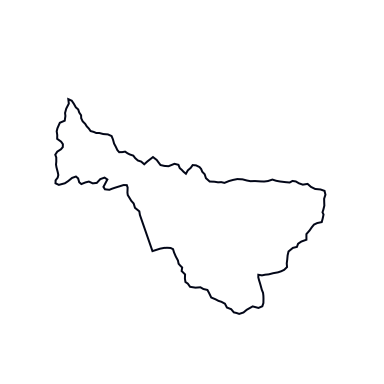 outline of Presidente Alves, São Paulo, Brazil, rotated 248°
{"feature_id": "56859067B62232848878752", "entity_name": "Presidente Alves", "entity_type": "district", "adm_level": 2, "iso_a3": "BRA", "parent_name": "Brazil", "parent_adm1": "São Paulo", "projection": "natural_earth1", "projection_center": [-49.409, -22.123], "detail": "fine", "context": "isolated", "style": "outline", "palette": "ink", "viewbox_px": 384, "rotation_deg": 248, "n_neighbors": 0, "source": "geoboundaries", "source_scale": "gbopen_adm2", "svg_char_len": 2750}
<svg xmlns="http://www.w3.org/2000/svg" viewBox="0 0 384 384"><g transform="rotate(248 192 192)"><path d="M324.4,112.1L320.1,110.9L316.4,106.6L312.8,103.9L309.9,103.1L305.8,100.7L305.7,95.4L301.5,91.1L299.0,89.3L295.3,88.4L291.8,86.9L287.7,89.5L284.7,90.2L282.0,89.0L280.7,86.5L279.9,82.2L277.8,79.2L274.9,79.1L270.9,77.5L268.4,76.2L265.7,75.6L260.3,74.9L257.8,74.4L255.6,72.8L253.9,69.9L251.2,68.7L248.5,71.2L247.7,77.4L248.5,81.3L250.0,86.1L249.8,90.2L247.3,91.5L243.2,91.1L240.8,92.4L240.8,96.8L240.3,100.3L237.2,103.2L236.1,107.1L238.3,111.8L238.1,116.3L235.3,118.2L229.9,111.8L227.1,112.3L225.0,116.2L225.0,119.2L224.8,122.5L224.4,127.1L224.1,131.1L222.8,134.1L220.3,134.0L215.6,131.9L213.2,131.3L209.6,131.9L206.5,132.4L203.2,133.6L198.7,133.2L193.8,135.9L190.2,135.1L152.0,133.2L151.4,141.2L150.6,145.3L149.4,148.5L148.1,151.2L146.1,153.0L142.7,152.7L138.3,152.8L133.7,153.3L130.5,152.7L128.0,153.6L125.7,154.6L122.6,152.8L118.2,154.7L114.4,153.0L111.0,152.2L108.6,153.8L104.8,154.7L102.0,159.4L100.5,164.1L97.8,166.2L95.4,169.6L91.8,170.0L87.0,170.3L83.6,173.7L81.2,175.7L79.2,178.1L76.1,180.7L71.8,181.1L68.7,184.4L64.7,185.7L63.2,187.9L61.3,190.1L61.0,194.6L62.3,198.6L63.2,205.4L59.6,210.2L59.7,214.4L62.3,216.6L66.3,218.3L69.0,219.3L71.9,220.1L75.3,220.1L79.5,220.6L82.3,220.9L84.9,221.1L88.0,221.5L90.4,222.5L88.5,225.6L87.9,228.9L86.9,232.3L86.3,236.9L85.3,241.6L85.1,245.0L85.3,248.3L86.8,252.0L90.3,253.1L93.7,255.0L97.4,256.9L100.7,259.2L102.4,264.6L101.8,268.7L104.3,271.0L105.1,274.8L104.9,280.2L110.1,282.3L112.4,286.8L114.4,289.8L116.1,292.9L116.3,296.5L115.5,301.0L118.4,303.2L121.8,305.5L124.3,305.4L126.6,307.3L129.8,309.6L133.4,310.9L136.3,312.0L139.5,314.7L143.4,315.3L146.2,312.1L148.7,307.3L152.2,304.2L156.2,302.2L157.3,297.5L160.0,294.4L162.9,292.2L164.6,289.3L164.2,286.1L166.0,282.6L168.8,277.5L170.9,274.2L173.4,271.2L173.7,266.5L174.7,262.8L176.2,259.4L178.6,254.4L180.1,250.3L182.1,247.2L184.8,243.6L187.0,238.9L187.8,234.7L188.3,230.5L188.3,225.5L190.2,222.8L191.2,219.8L193.1,216.7L195.1,212.3L199.6,210.1L203.7,210.4L206.9,209.1L209.9,209.1L212.3,208.3L215.2,205.7L216.7,202.7L214.9,199.9L213.6,196.2L211.2,193.2L214.0,191.7L216.4,190.8L218.7,189.6L222.3,189.6L224.7,186.3L224.7,179.9L226.5,176.2L228.8,172.9L232.1,172.0L234.9,171.3L239.0,168.9L237.0,161.9L235.6,158.1L239.2,156.3L241.5,153.6L244.7,152.0L247.7,151.2L250.2,148.3L252.2,146.6L254.5,145.1L255.1,142.3L256.2,139.4L258.8,138.5L262.3,138.3L266.1,137.9L270.4,138.4L274.0,138.4L276.9,135.6L279.0,131.4L281.4,128.2L282.6,125.3L284.6,123.3L286.5,120.8L289.5,120.1L292.3,119.0L295.2,118.5L298.5,117.1L301.9,116.9L304.7,117.9L307.9,117.2L311.2,117.4L314.0,116.0L318.0,115.5L321.7,114.7L324.4,112.1Z" fill="none" stroke="#020617" stroke-width="2"/></g></svg>